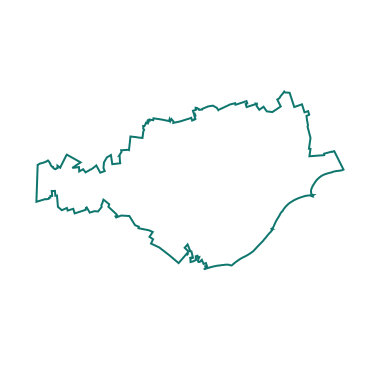 outline of Caborca, Sonora, Mexico, rotated 252°
{"feature_id": "50627088B68823921856898", "entity_name": "Caborca", "entity_type": "district", "adm_level": 2, "iso_a3": "MEX", "parent_name": "Mexico", "parent_adm1": "Sonora", "projection": "orthographic", "projection_center": [-112.534, 30.898], "detail": "fine", "context": "isolated", "style": "outline", "palette": "teal", "viewbox_px": 384, "rotation_deg": 252, "n_neighbors": 0, "source": "geoboundaries", "source_scale": "gbopen_adm2", "svg_char_len": 5737}
<svg xmlns="http://www.w3.org/2000/svg" viewBox="0 0 384 384"><g transform="rotate(252 192 192)"><path d="M114.9,179.2L114.7,186.7L114.6,188.6L114.2,192.8L113.9,193.9L113.9,194.6L113.6,195.4L113.3,197.6L112.9,199.2L112.5,201.5L111.9,203.2L111.9,203.5L111.5,204.4L111.3,204.7L110.1,206.3L110.0,207.2L110.2,207.8L111.4,210.7L112.1,212.7L113.4,217.0L113.9,219.4L114.4,222.8L114.8,225.0L115.4,227.5L116.0,229.6L116.4,230.8L116.5,231.3L117.5,233.3L120.2,238.1L123.4,244.2L124.0,245.2L124.5,245.8L125.9,248.2L127.5,250.6L128.1,251.6L128.7,252.5L129.9,254.8L130.5,255.5L130.7,256.1L130.9,256.2L131.0,256.4L131.4,257.1L131.7,257.3L131.9,257.4L132.2,256.9L132.2,256.6L132.3,256.2L132.6,256.0L132.4,256.3L132.3,256.7L132.5,256.5L132.6,256.8L132.5,257.2L132.5,257.6L132.7,257.8L133.4,258.3L134.1,259.1L135.1,259.9L135.7,260.5L136.5,261.2L138.1,262.7L139.8,264.6L142.7,268.0L143.9,269.1L144.6,270.0L145.1,270.6L146.1,272.5L147.0,273.4L148.7,275.8L149.5,277.3L150.5,279.2L151.2,280.9L151.7,282.5L152.2,284.5L152.7,286.7L153.0,289.1L153.2,291.0L153.3,294.3L153.3,296.6L153.2,298.6L153.0,300.4L152.5,302.5L152.2,303.6L151.9,304.0L151.4,304.8L151.2,305.0L151.1,304.9L151.0,305.2L150.8,305.3L150.5,305.3L150.4,305.5L150.6,305.5L150.8,305.6L150.9,305.4L151.0,305.4L151.2,305.5L151.4,305.8L151.4,306.1L151.5,306.4L151.6,306.0L151.9,305.8L152.0,305.8L152.0,305.5L152.0,305.4L152.4,305.2L153.0,305.0L153.6,304.9L154.4,305.0L156.1,305.5L156.7,305.7L157.6,306.2L159.3,307.6L159.9,308.1L161.2,309.5L162.2,310.8L162.5,311.1L162.8,311.5L163.9,312.9L164.1,313.1L164.6,313.8L164.8,314.3L165.1,314.7L165.7,315.8L165.8,316.4L166.0,316.7L166.3,317.3L166.6,318.0L167.3,320.2L167.6,321.8L167.8,323.6L167.8,326.7L167.6,330.2L167.5,330.5L167.5,331.3L167.6,331.6L167.7,331.8L167.6,333.3L167.2,336.5L166.9,337.9L166.7,338.6L166.6,339.1L166.5,340.3L166.3,341.5L166.4,342.3L166.5,343.0L186.9,339.9L186.9,338.5L186.8,337.6L187.2,337.3L187.6,329.5L186.2,329.1L189.7,314.7L196.4,318.0L197.0,316.6L206.8,321.4L211.9,321.7L218.6,322.1L219.5,322.9L225.5,323.7L229.0,324.4L229.2,327.2L229.3,327.4L233.0,327.4L233.0,323.6L241.4,323.7L241.2,315.5L256.2,315.5L258.0,311.0L259.0,310.7L257.5,308.7L257.2,308.1L256.3,306.8L256.0,306.2L255.6,305.6L255.2,305.2L254.9,305.0L254.4,304.3L254.2,304.0L253.9,303.1L253.6,301.7L245.9,302.8L243.2,293.1L245.6,288.0L251.0,286.4L249.4,281.4L254.0,280.0L255.2,280.7L255.4,280.9L255.6,280.8L255.8,280.8L256.0,280.9L256.1,280.3L256.3,280.0L255.9,280.0L255.9,270.2L259.1,270.2L259.1,271.9L261.6,271.9L261.5,262.1L261.6,260.3L263.1,260.5L263.5,255.0L263.3,253.9L261.9,242.7L261.7,242.3L264.4,241.6L267.7,238.5L268.4,233.7L268.0,229.1L267.9,227.4L267.3,227.1L267.6,225.7L267.9,224.3L268.1,224.3L268.7,224.2L268.7,223.7L269.8,223.6L270.1,223.7L269.7,223.5L269.7,223.3L270.1,223.0L271.0,221.5L270.3,221.3L269.6,221.1L269.4,221.3L269.5,221.4L269.3,221.4L268.9,221.1L269.0,218.0L265.9,217.9L265.8,218.8L263.6,218.9L263.7,217.8L260.7,217.8L260.7,217.0L260.3,217.0L260.3,217.5L260.2,217.5L259.9,214.2L262.8,214.2L262.7,212.3L262.8,202.6L263.5,195.6L264.6,196.2L267.7,195.0L266.0,193.2L268.2,193.2L266.6,192.0L270.2,185.7L274.0,178.1L272.3,177.3L274.0,174.0L273.1,173.7L273.3,173.5L274.0,172.4L273.6,171.8L273.2,171.6L272.8,171.6L272.4,171.8L272.1,171.9L271.8,172.1L271.4,171.6L271.0,171.4L270.8,171.2L271.4,170.6L271.8,170.5L272.2,169.8L271.3,169.0L271.1,169.0L269.4,167.1L269.9,165.9L269.6,165.8L269.4,165.9L267.4,165.3L267.3,165.2L266.6,165.5L265.9,165.7L265.2,164.9L264.2,164.2L263.6,163.9L259.9,162.2L258.7,161.6L259.0,160.8L259.4,160.3L259.6,159.5L260.2,158.2L261.6,155.5L263.8,150.6L257.4,147.8L256.7,147.4L255.7,147.0L251.3,145.0L251.9,144.1L253.6,137.5L252.0,137.4L249.2,134.1L249.2,134.5L244.1,133.1L241.5,132.6L243.1,124.8L252.2,126.3L251.2,121.7L247.3,117.4L242.1,115.2L238.9,115.5L238.7,110.7L246.8,109.2L245.3,105.2L244.6,102.9L244.8,102.1L244.4,101.2L243.6,96.8L247.3,95.5L246.4,91.1L250.6,92.2L251.9,85.6L254.6,95.2L266.2,84.5L265.2,83.3L259.7,77.9L257.2,75.4L255.8,74.2L258.6,72.2L256.3,71.5L256.4,71.0L256.4,70.4L256.1,70.1L255.9,69.1L256.0,68.9L256.3,68.6L256.4,68.4L257.1,68.0L257.6,67.5L257.9,67.5L258.4,67.6L258.8,67.6L259.0,67.1L259.4,66.6L259.7,66.5L260.2,66.4L260.5,66.1L261.2,66.0L261.9,66.0L262.8,65.8L263.1,65.9L263.3,65.8L263.5,65.7L264.0,65.6L264.8,65.5L265.0,65.5L265.6,65.2L265.8,64.9L266.1,64.9L266.4,64.8L266.4,64.7L266.5,64.6L266.2,63.6L266.1,63.1L266.0,62.8L265.9,62.7L266.0,62.1L265.9,61.6L265.9,61.4L265.9,61.0L265.8,60.2L265.8,59.9L265.8,59.1L265.9,58.2L265.9,57.4L266.0,57.1L266.0,56.2L265.8,55.0L265.6,54.6L265.5,54.3L265.5,53.6L230.8,41.0L230.7,44.1L230.6,50.4L230.1,51.0L229.8,53.7L230.7,54.2L230.5,55.5L232.0,56.1L231.7,57.0L231.5,57.8L236.3,58.9L235.8,60.5L235.4,62.0L230.7,60.9L230.4,62.5L219.3,59.9L214.9,62.6L215.5,68.1L215.1,68.1L214.9,68.1L212.8,68.0L212.7,73.9L207.9,73.8L207.9,85.3L209.7,86.2L209.9,87.1L204.0,88.4L203.9,93.4L202.5,96.6L205.6,101.4L207.4,101.7L208.9,103.1L212.1,105.4L210.7,106.4L205.9,109.5L203.8,107.9L194.3,113.2L192.8,113.6L192.5,111.7L191.2,112.0L191.5,117.4L188.5,125.0L178.0,127.6L175.4,130.7L174.1,129.9L168.9,139.2L166.1,142.3L162.5,137.7L159.1,140.4L155.6,137.1L149.4,143.7L139.0,150.8L132.9,154.6L128.5,157.3L134.7,167.5L133.9,168.0L134.4,168.9L135.2,168.3L136.5,170.3L141.2,167.8L143.5,171.6L136.1,172.1L135.7,173.1L129.1,172.6L129.1,171.5L129.9,171.5L129.9,169.9L129.2,169.9L125.8,169.0L125.7,172.2L125.9,172.9L126.0,174.7L127.3,175.3L127.4,175.0L129.7,175.7L129.7,177.5L127.8,177.5L127.8,178.8L127.3,178.5L127.1,178.2L126.3,177.4L125.1,176.6L124.0,176.4L123.5,176.5L123.1,177.6L123.4,178.7L123.7,178.8L124.5,180.4L120.0,180.8L120.1,183.3L117.4,183.3L117.3,181.6L116.5,181.7L116.5,183.3L115.0,183.3L115.1,181.7L114.9,179.2Z" fill="none" stroke="#0f766e" stroke-width="2"/></g></svg>